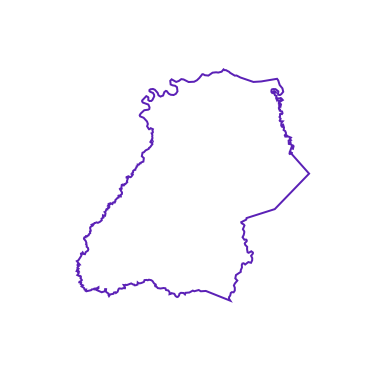 Parita, Herrera, Panama, rotated 304°
{"feature_id": "35544464B83627234663474", "entity_name": "Parita", "entity_type": "district", "adm_level": 2, "iso_a3": "PAN", "parent_name": "Panama", "parent_adm1": "Herrera", "projection": "mercator", "projection_center": [-80.596, 8.035], "detail": "fine", "context": "isolated", "style": "outline", "palette": "violet", "viewbox_px": 384, "rotation_deg": 304, "n_neighbors": 0, "source": "geoboundaries", "source_scale": "gbopen_adm2", "svg_char_len": 6028}
<svg xmlns="http://www.w3.org/2000/svg" viewBox="0 0 384 384"><g transform="rotate(304 192 192)"><path d="M221.4,118.0L220.0,121.2L220.4,121.7L221.8,122.1L222.2,124.5L220.8,124.9L219.8,126.1L218.8,126.2L218.1,125.7L217.0,127.4L215.8,127.9L214.6,129.1L213.5,129.2L212.8,130.1L212.5,129.4L210.2,129.5L210.1,130.5L210.9,131.4L210.1,131.5L209.6,132.4L205.5,132.2L204.6,131.7L203.6,132.0L200.6,130.3L198.1,129.9L196.9,129.0L193.6,130.4L193.2,133.1L190.0,134.7L188.1,133.3L187.1,133.4L186.7,132.7L185.3,132.8L184.4,131.6L183.9,132.1L183.0,132.1L182.3,131.7L181.6,132.2L179.8,132.1L178.7,132.6L177.9,131.8L176.7,131.4L175.4,132.1L174.8,131.8L174.1,132.4L173.2,132.0L173.2,133.2L170.6,133.1L169.7,132.5L169.5,130.5L167.8,129.4L167.3,129.7L167.5,131.2L164.5,132.0L164.0,132.8L161.2,132.3L161.0,131.8L159.3,131.8L158.8,130.7L159.3,130.3L158.6,129.8L156.2,131.0L155.4,131.9L154.9,131.8L154.6,130.6L154.2,130.5L152.5,134.2L151.2,135.0L149.7,134.5L148.5,135.5L148.1,134.9L148.2,133.4L147.8,133.1L146.3,134.2L145.3,133.5L142.3,133.0L141.4,133.7L140.1,133.8L140.1,133.2L139.2,132.5L137.7,132.7L137.8,132.0L136.8,131.5L136.9,130.6L136.1,130.6L135.9,129.8L135.3,129.5L135.0,129.8L135.3,130.2L133.7,130.1L134.0,131.0L132.4,131.2L132.8,131.9L132.0,131.9L130.3,130.9L130.0,131.4L129.4,130.8L127.2,131.3L126.5,130.8L126.0,132.2L123.8,133.2L123.4,132.2L122.6,132.3L122.6,131.4L121.5,132.1L121.8,132.7L121.4,132.9L119.3,131.9L118.1,133.0L115.7,132.3L113.8,131.2L113.4,129.8L112.2,129.1L111.8,128.5L110.0,128.5L109.9,127.8L108.7,127.1L108.3,128.3L106.3,127.4L105.2,127.6L103.2,129.8L102.3,129.4L101.0,130.6L99.7,130.2L98.3,130.5L97.6,129.9L96.8,130.0L96.2,128.8L95.0,129.2L94.4,128.2L93.2,128.3L92.7,128.7L92.0,131.2L90.6,133.1L89.5,133.3L89.2,134.3L87.7,135.3L87.5,136.9L86.5,138.1L85.2,138.5L82.7,137.5L80.6,138.0L80.0,136.7L80.8,135.1L79.5,135.0L78.8,134.4L78.4,134.7L78.2,135.6L76.9,135.9L71.8,136.0L70.3,135.2L69.0,139.6L68.4,139.1L68.4,137.7L67.4,137.9L67.0,139.5L65.9,139.2L65.0,139.4L64.9,140.8L63.4,140.3L61.9,140.6L62.1,141.1L63.3,141.5L62.6,143.0L61.5,142.6L60.9,143.6L59.0,143.4L59.3,145.5L59.8,146.0L59.9,146.9L59.4,147.5L58.3,147.6L57.4,149.9L55.6,149.6L54.7,148.9L54.1,149.1L54.8,150.8L53.3,151.4L53.6,153.7L52.0,153.3L52.1,156.0L51.1,157.4L51.9,158.7L50.6,159.0L50.6,159.9L54.1,163.2L55.2,163.4L56.3,164.7L57.1,164.9L57.7,165.5L57.2,166.1L60.7,167.7L60.0,168.2L58.0,167.4L57.4,167.7L58.4,173.2L61.0,175.3L62.9,174.3L63.4,175.1L61.5,176.1L61.1,177.1L61.1,179.5L59.8,180.5L59.3,181.4L61.3,181.4L63.7,183.8L65.0,183.5L66.0,184.5L65.7,185.4L67.7,186.1L70.4,185.4L71.4,185.6L72.6,187.9L73.9,188.8L74.7,190.2L75.5,189.8L76.7,187.4L77.3,188.5L78.0,188.9L78.4,190.0L82.2,192.7L82.4,194.9L82.9,195.8L82.5,196.5L83.2,197.5L84.8,198.6L86.6,197.6L86.5,198.3L87.0,199.7L88.1,200.8L90.5,202.4L92.4,201.9L93.7,203.5L94.1,204.7L95.2,205.3L96.1,207.6L96.1,209.0L95.0,211.7L95.0,213.7L94.4,214.2L93.7,213.8L93.3,214.3L93.6,215.6L93.2,217.4L94.4,219.9L96.5,222.1L97.3,223.8L96.2,225.3L97.1,227.3L96.6,228.9L96.0,229.9L94.7,230.5L95.8,231.5L96.7,231.6L97.7,234.3L96.5,236.7L96.6,238.4L97.4,239.0L99.0,239.1L100.6,238.5L102.2,239.2L103.5,241.4L103.2,243.4L104.8,243.0L107.2,246.0L110.7,247.8L111.0,249.4L114.5,252.4L114.6,254.8L117.7,258.8L123.3,284.5L124.2,282.4L125.6,281.5L127.5,281.6L130.0,280.6L131.3,281.1L132.1,282.6L134.2,282.6L136.6,281.0L137.9,279.0L140.1,278.7L143.9,279.1L144.6,276.2L147.7,274.9L153.1,277.1L154.3,276.2L157.4,275.6L159.3,274.1L160.9,273.8L161.8,274.7L161.6,276.6L165.4,277.9L166.3,280.5L169.0,280.1L170.9,278.9L172.1,276.7L175.0,276.9L175.9,276.3L176.0,274.3L173.3,273.0L173.1,271.8L175.4,269.6L177.4,268.4L177.9,265.8L178.7,264.6L179.5,264.4L181.6,264.9L182.6,264.4L182.8,263.4L181.7,262.1L182.8,259.2L185.3,258.9L187.6,258.0L188.6,257.3L189.6,255.0L193.6,254.2L194.0,253.2L193.9,250.5L194.5,249.7L199.4,252.4L200.9,251.8L224.1,270.2L272.7,278.8L279.2,253.5L279.8,253.2L278.2,251.9L278.3,251.4L279.4,250.9L279.5,251.9L280.2,252.3L280.4,250.6L284.8,249.5L285.5,250.1L285.0,250.6L284.1,250.5L284.3,251.5L286.8,250.6L287.0,250.0L285.8,249.2L286.8,248.7L286.7,247.3L288.1,246.0L286.3,246.1L286.0,245.4L288.6,243.4L290.3,244.8L290.6,243.4L292.4,243.6L291.7,240.1L292.0,238.3L291.1,238.0L290.6,239.1L290.1,238.4L290.9,237.2L292.4,237.4L293.4,237.0L294.6,235.3L294.6,233.3L296.8,232.3L298.8,229.9L298.2,229.4L296.6,230.6L296.4,229.9L297.1,228.7L299.3,227.5L301.3,227.7L300.0,225.4L300.2,224.8L302.3,224.5L303.1,222.6L304.1,222.6L305.9,221.4L306.4,221.6L306.9,223.0L307.9,223.0L309.1,221.7L308.5,219.4L309.5,218.9L309.2,218.2L310.2,217.0L311.5,217.1L312.0,216.1L312.9,215.8L313.4,216.0L312.8,217.4L314.4,216.8L314.6,216.1L313.8,214.6L314.5,214.1L315.6,214.4L316.0,212.6L317.0,214.6L318.5,214.1L317.5,215.1L319.0,215.8L319.6,213.5L319.4,212.8L318.2,212.0L317.6,210.6L315.8,210.9L316.9,209.2L319.0,208.3L318.6,206.7L319.5,205.4L319.5,204.5L321.0,204.8L321.4,205.8L321.7,205.3L321.5,203.6L319.0,203.0L319.4,201.8L321.0,200.9L321.8,200.9L322.8,201.8L324.0,203.8L323.7,207.3L321.3,208.6L321.1,209.8L321.6,210.7L323.0,211.3L326.1,211.6L328.5,209.0L329.7,204.9L332.7,201.1L333.4,199.2L322.3,187.5L317.6,181.4L314.0,168.1L313.5,163.8L312.4,162.4L312.1,156.8L312.4,155.8L312.0,152.0L311.2,150.8L311.3,149.6L308.3,149.3L305.7,147.0L304.7,145.0L302.4,142.3L297.7,140.5L296.0,137.3L295.9,135.5L295.4,134.7L290.6,134.3L287.4,133.6L284.6,132.1L281.3,127.7L280.6,122.1L279.6,120.0L276.7,119.0L274.4,117.3L274.0,112.1L272.0,111.8L269.2,114.2L269.6,116.3L270.6,118.5L270.5,120.9L267.3,123.7L264.3,123.7L262.1,122.5L260.7,119.9L260.5,117.7L261.5,114.6L261.2,113.8L259.4,113.2L255.8,114.1L253.5,112.5L253.4,110.2L255.0,108.0L256.0,104.0L255.6,102.0L253.9,100.1L252.8,99.7L251.9,100.2L251.7,101.2L252.3,104.3L251.4,106.2L250.1,107.2L246.3,107.7L244.8,107.4L243.7,105.9L243.8,104.3L245.7,103.2L246.1,102.4L245.9,100.5L240.0,99.5L239.1,100.1L238.7,101.4L240.1,106.9L238.5,109.4L236.9,110.2L235.8,109.7L233.1,106.7L228.3,105.6L226.4,105.7L225.7,106.7L226.5,110.4L225.3,115.3L223.7,117.4L221.4,118.0Z" fill="none" stroke="#5b21b6" stroke-width="2"/></g></svg>